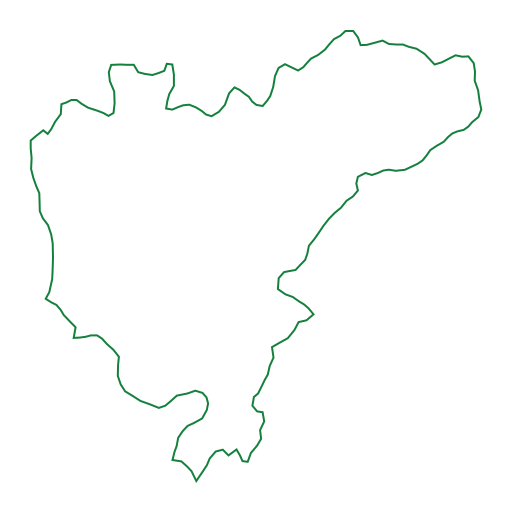 the district of Itajubá, Minas Gerais, Brazil
{"feature_id": "56859067B47233930610196", "entity_name": "Itajubá", "entity_type": "district", "adm_level": 2, "iso_a3": "BRA", "parent_name": "Brazil", "parent_adm1": "Minas Gerais", "projection": "equal_earth", "projection_center": [-45.407, -22.44], "detail": "fine", "context": "isolated", "style": "outline", "palette": "green", "viewbox_px": 512, "rotation_deg": 0, "n_neighbors": 0, "source": "geoboundaries", "source_scale": "gbopen_adm2", "svg_char_len": 2879}
<svg xmlns="http://www.w3.org/2000/svg" viewBox="0 0 512 512"><path d="M481.3,109.5L479.6,101.4L478.1,90.3L474.7,80.7L475.0,71.5L473.7,63.1L468.4,56.4L462.2,56.7L455.6,55.3L449.8,58.2L441.9,62.3L434.6,64.5L429.9,59.5L424.6,53.9L416.5,48.7L408.8,46.8L402.8,44.5L396.3,44.5L389.0,44.0L382.6,40.6L374.2,42.9L366.6,44.9L360.6,45.1L358.0,37.5L353.2,31.0L345.4,31.0L340.4,35.7L334.0,39.1L328.8,44.9L324.9,49.7L318.0,55.0L311.0,58.6L307.2,62.7L303.3,67.2L298.1,70.5L291.6,67.4L285.0,64.2L278.6,67.9L275.0,76.1L273.2,87.0L270.3,95.9L267.1,100.8L262.6,106.0L256.4,104.9L252.1,101.5L248.9,96.8L244.5,93.7L239.5,89.8L234.5,87.4L229.1,93.3L224.9,104.9L218.8,111.9L211.5,116.2L206.0,114.5L201.8,111.0L196.0,107.4L189.2,104.7L183.1,105.3L178.4,107.0L172.3,109.6L166.1,108.5L167.4,100.8L169.3,94.0L173.9,85.9L173.9,74.6L172.3,64.5L166.8,63.8L164.3,70.8L158.7,73.0L152.4,75.0L144.8,73.9L138.2,72.2L133.8,64.8L126.7,64.8L120.2,64.5L111.2,64.9L108.8,72.2L109.9,81.3L114.2,91.5L114.6,103.3L113.5,113.0L108.5,115.9L103.4,113.0L97.1,110.6L88.1,107.7L81.6,103.8L76.6,100.0L71.3,100.0L66.4,102.5L61.4,104.2L60.8,114.1L55.1,121.8L51.2,129.2L47.7,133.9L43.3,130.3L36.4,135.7L30.7,140.5L30.7,148.5L31.6,158.0L31.1,169.0L33.3,177.8L36.3,186.3L39.3,193.2L39.6,203.1L39.8,211.2L42.8,218.2L48.0,225.1L51.2,234.5L52.7,243.3L53.0,257.4L52.7,267.8L52.2,279.1L50.7,285.8L49.3,292.2L45.7,298.8L51.4,302.4L56.4,304.9L60.6,309.8L63.8,315.1L69.8,321.4L75.6,327.3L73.7,337.9L79.5,337.6L85.6,336.8L90.8,335.4L97.1,335.4L102.0,338.6L106.8,343.9L113.4,349.8L118.9,356.8L118.1,364.6L117.8,375.9L120.7,384.4L125.1,391.3L132.8,396.0L140.4,400.9L150.1,404.4L158.8,407.9L165.3,405.7L170.3,401.5L176.9,395.6L187.4,393.5L195.3,390.7L202.5,392.9L206.5,397.4L208.1,403.4L206.8,410.0L202.1,418.5L193.9,423.0L187.6,425.9L182.7,431.1L178.2,437.8L176.6,446.2L174.5,451.9L172.5,460.0L181.4,461.4L186.9,466.3L191.6,471.3L196.3,481.0L202.5,471.9L207.0,465.0L209.7,458.5L215.7,451.5L222.8,449.7L228.5,455.4L236.5,449.5L240.0,455.5L242.5,461.1L247.7,461.8L250.9,453.0L257.1,445.6L261.1,438.8L260.1,430.1L264.2,421.4L262.6,412.2L257.1,411.4L252.4,405.7L253.9,397.0L258.1,393.5L261.3,387.1L264.5,380.4L267.8,374.5L269.7,366.0L273.5,357.6L272.0,347.1L280.0,342.5L287.8,338.2L294.4,330.1L298.6,322.1L306.5,320.3L313.5,314.3L308.5,308.3L304.0,304.4L298.9,301.3L292.8,297.0L285.4,294.3L277.9,289.1L278.7,278.1L284.1,272.1L289.2,271.1L295.5,270.0L300.5,264.7L305.2,259.9L307.3,253.8L308.9,245.8L314.4,239.0L318.6,233.0L323.6,225.6L329.1,218.6L334.6,213.0L340.9,207.8L346.6,200.7L352.9,196.5L357.9,190.5L356.3,183.5L357.9,176.8L365.5,173.0L371.8,175.0L377.9,173.0L383.3,170.5L388.9,169.7L395.7,170.8L404.9,169.8L411.9,166.5L417.6,163.8L422.5,160.5L426.7,155.3L430.3,150.1L436.7,145.8L443.7,141.8L448.2,136.9L452.3,133.5L457.3,131.4L463.7,129.9L468.2,126.7L472.1,122.2L478.4,117.0L481.3,109.5Z" fill="none" stroke="#15803d" stroke-width="2"/></svg>